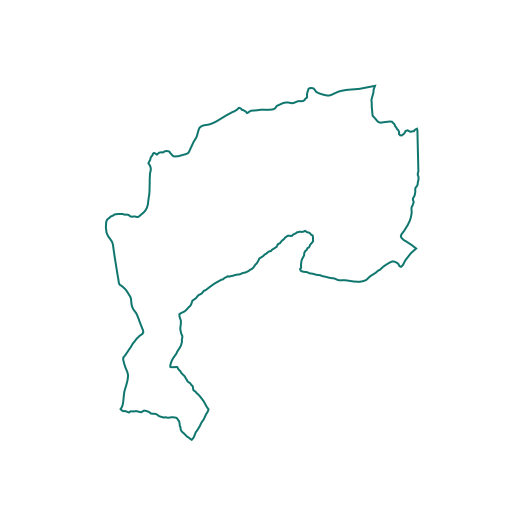 outline of Nambale, Western, Kenya, rotated 194°
{"feature_id": "3690345B66685082117491", "entity_name": "Nambale", "entity_type": "district", "adm_level": 2, "iso_a3": "KEN", "parent_name": "Kenya", "parent_adm1": "Western", "projection": "robinson", "projection_center": [34.319, 0.505], "detail": "fine", "context": "isolated", "style": "outline", "palette": "teal", "viewbox_px": 512, "rotation_deg": 194, "n_neighbors": 0, "source": "geoboundaries", "source_scale": "gbopen_adm2", "svg_char_len": 6104}
<svg xmlns="http://www.w3.org/2000/svg" viewBox="0 0 512 512"><g transform="rotate(194 256 256)"><path d="M350.4,74.7L348.8,73.7L347.3,73.3L345.3,73.9L341.4,73.4L340.2,74.9L336.7,75.7L334.8,76.5L329.6,76.6L327.3,78.9L325.7,79.1L324.0,79.0L321.8,78.7L319.7,77.7L315.1,78.5L313.1,78.0L311.8,77.3L309.7,77.0L307.8,77.0L306.3,76.9L305.1,77.6L302.6,77.7L301.2,78.1L299.7,78.8L298.3,79.3L295.7,79.7L294.0,79.7L292.7,78.9L291.7,77.8L290.6,77.1L289.3,74.2L288.9,72.8L287.8,71.5L287.3,69.8L286.1,68.2L284.5,67.1L283.1,66.5L279.1,64.0L277.5,63.6L275.7,62.7L273.9,62.1L272.7,64.5L272.3,66.4L271.8,70.5L270.9,72.4L269.5,76.9L268.6,81.2L268.0,82.9L267.3,84.4L266.1,90.6L265.6,91.9L265.1,93.7L265.0,95.8L267.3,97.7L271.5,102.3L276.5,106.3L278.6,107.7L280.6,108.7L281.8,109.7L284.2,110.6L284.9,111.9L285.5,113.6L286.3,114.7L287.6,115.2L288.9,116.5L292.0,117.7L293.1,119.0L294.5,120.2L295.9,121.9L300.0,124.3L301.5,125.9L303.7,127.2L305.6,129.2L310.8,127.7L312.2,127.6L312.7,129.1L312.7,131.8L312.3,134.4L311.8,136.5L309.7,141.8L309.3,144.1L308.0,147.9L307.4,149.9L307.1,151.6L307.1,154.9L307.7,156.8L307.8,159.5L308.3,160.8L309.5,162.2L310.7,164.4L311.6,166.3L312.1,168.2L312.4,171.3L312.7,173.1L313.4,175.4L314.7,177.2L315.6,178.9L316.3,181.0L315.0,182.4L312.3,184.6L311.4,185.6L310.4,187.2L308.7,190.3L307.7,191.8L307.2,193.6L306.9,197.2L304.6,199.9L303.7,201.2L303.1,202.8L302.0,204.4L299.7,206.3L298.2,209.6L296.6,210.7L292.7,215.6L289.6,219.2L284.1,224.4L282.5,225.3L281.2,227.1L279.5,228.5L278.4,229.6L277.1,229.4L275.4,230.5L273.6,231.2L272.6,232.0L271.4,232.5L270.4,233.2L268.6,233.7L266.7,234.7L264.9,236.2L262.0,237.6L260.3,239.0L259.2,240.1L258.2,241.4L256.9,242.4L255.8,244.0L254.5,247.5L253.5,249.0L252.4,252.8L252.2,254.3L248.9,257.8L248.1,259.4L246.7,260.6L245.5,262.4L244.2,263.8L242.8,264.3L242.0,265.9L239.1,268.9L238.1,270.1L237.9,271.7L237.3,273.1L235.9,274.1L235.1,276.0L234.2,277.6L232.9,279.2L232.2,280.9L230.2,283.2L229.0,283.7L227.3,283.8L225.9,284.3L225.3,285.6L222.8,287.7L222.0,288.9L220.6,289.4L219.6,290.2L217.9,290.3L216.0,291.0L214.4,292.3L212.2,291.4L210.2,291.5L208.9,291.0L207.9,290.1L206.0,289.6L205.2,287.8L204.2,283.9L206.2,279.9L206.3,278.5L206.7,277.2L208.0,276.0L208.3,274.1L209.4,272.8L209.9,270.6L209.5,268.2L210.5,264.2L210.7,262.4L210.3,258.7L209.4,255.5L210.1,254.0L209.0,252.5L207.5,252.2L206.0,252.2L203.3,252.6L201.9,252.6L199.4,252.1L197.4,252.5L192.9,252.4L191.3,252.5L189.4,252.9L186.3,252.5L183.6,252.7L180.4,252.6L177.1,252.8L174.8,253.2L170.7,252.5L168.6,252.7L164.5,253.9L161.4,254.3L154.9,254.9L150.2,255.8L148.8,256.2L146.6,257.2L145.0,258.1L143.4,259.3L142.5,260.4L141.5,262.2L140.0,264.3L135.8,268.7L133.9,271.4L132.5,272.5L129.8,276.6L126.9,279.8L124.3,282.3L122.3,283.8L119.9,284.0L117.4,283.4L115.8,282.6L114.4,280.9L112.6,280.6L111.2,282.9L110.1,287.8L106.4,296.2L102.4,302.0L107.6,304.3L114.2,306.6L116.2,307.1L117.9,308.0L119.5,309.0L120.3,310.5L120.1,312.3L118.4,316.1L116.3,322.7L115.3,327.6L115.1,330.7L115.3,334.8L115.8,337.1L116.5,339.0L116.8,341.0L116.3,343.0L116.0,346.5L117.1,348.1L117.7,349.7L117.1,351.5L116.7,353.5L116.9,355.2L116.9,356.6L117.7,359.4L117.7,360.9L116.6,363.2L116.5,365.1L116.8,366.4L116.8,369.5L117.5,372.2L118.5,373.5L119.0,375.2L118.9,377.3L129.8,417.0L130.6,418.4L131.7,417.5L132.5,416.6L132.9,415.3L134.5,414.8L135.7,414.0L137.2,414.0L139.3,414.6L141.1,413.5L141.6,411.3L142.2,410.1L143.8,408.2L145.4,408.0L146.8,409.0L147.0,410.6L147.8,411.8L148.9,412.9L150.2,413.5L150.9,414.6L152.4,415.6L153.1,416.8L154.0,417.6L155.4,418.4L156.6,419.2L158.6,418.9L163.9,416.9L167.4,415.5L169.2,415.5L170.7,416.1L173.7,418.3L176.8,420.3L179.7,428.6L180.8,432.7L181.7,435.1L181.8,436.8L181.6,442.4L182.1,446.2L181.7,449.9L195.6,443.4L197.2,442.8L205.3,440.1L208.5,439.0L212.9,437.0L215.8,435.4L220.4,431.8L221.4,430.9L222.6,430.1L224.4,429.2L226.1,428.9L229.7,428.8L233.4,429.0L235.4,429.3L237.3,429.8L240.4,432.4L242.0,432.5L243.3,432.3L244.6,431.8L245.5,430.8L245.5,429.4L245.7,427.5L245.7,425.4L245.2,423.7L244.9,422.0L246.1,420.6L246.7,418.9L248.0,417.7L249.6,417.1L251.2,416.8L252.4,416.5L253.8,415.6L255.5,414.3L257.0,413.3L258.4,412.9L262.3,412.7L265.6,411.6L267.0,410.7L272.1,406.7L273.1,404.1L274.3,402.8L275.9,402.0L280.2,400.6L286.1,399.3L290.9,397.4L295.9,395.8L297.3,394.6L298.0,393.6L299.3,392.5L300.5,393.4L302.0,394.0L303.8,394.5L305.1,394.4L306.1,395.3L307.3,395.6L308.5,395.6L309.5,393.8L312.0,391.1L313.4,390.2L317.5,386.5L319.4,384.7L326.5,377.5L328.6,375.6L330.4,374.2L332.9,372.5L334.3,371.8L338.2,370.2L339.4,369.4L341.0,368.0L341.9,366.5L342.2,364.5L342.4,358.0L342.6,356.6L344.2,351.4L346.3,340.4L347.1,339.1L348.7,337.9L355.4,334.1L358.3,333.1L360.0,332.8L361.4,333.3L362.8,334.4L364.2,335.2L365.3,336.3L366.5,336.4L368.4,336.2L370.2,335.2L371.4,333.9L373.1,333.7L375.0,332.8L376.7,330.4L378.4,331.1L379.9,331.3L380.8,330.2L380.8,328.9L382.0,326.1L381.9,323.6L382.5,321.7L382.8,319.9L381.6,318.9L380.3,317.5L379.4,315.8L378.9,314.0L378.8,310.3L377.5,303.9L376.8,301.1L375.1,293.4L374.5,290.2L374.1,285.4L373.4,279.7L373.5,276.7L373.8,275.2L374.5,273.0L375.6,271.0L379.4,265.7L380.8,265.0L382.7,265.1L384.7,264.6L386.2,264.0L387.8,264.1L389.4,265.0L390.8,265.0L392.3,264.6L394.0,264.3L395.4,264.5L398.2,263.9L401.4,262.9L403.2,262.1L404.4,260.7L406.6,259.1L407.4,257.6L409.1,255.6L409.6,253.2L408.9,248.9L408.5,247.2L406.8,242.8L405.8,241.3L404.8,240.1L403.5,238.7L401.9,237.5L399.2,235.0L398.1,233.4L397.4,232.0L395.4,227.0L392.4,219.7L385.9,204.5L383.7,199.6L382.8,197.2L381.9,195.7L380.7,194.9L379.4,194.6L375.3,192.5L373.8,191.4L372.1,189.9L368.5,186.4L367.6,185.4L366.9,184.1L365.2,179.3L364.2,177.3L363.0,175.6L361.5,174.0L358.6,171.7L357.3,170.2L354.6,166.5L352.9,163.9L347.7,156.6L346.9,154.8L347.3,153.0L349.6,150.4L350.5,148.9L351.4,147.6L352.1,146.2L353.5,142.9L354.4,141.1L355.0,138.9L355.7,136.6L356.5,134.7L357.6,131.5L359.2,127.3L360.2,125.4L359.8,123.3L358.3,120.4L356.0,116.6L352.8,112.3L352.0,110.8L351.3,109.3L351.0,107.8L350.6,104.2L350.6,100.6L350.9,94.3L350.9,92.1L350.6,89.5L349.7,83.3L349.4,80.7L349.4,78.5L349.7,76.6L350.4,74.7Z" fill="none" stroke="#0f766e" stroke-width="2"/></g></svg>